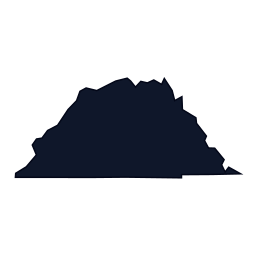 Clay, North Carolina, United States of America
{"feature_id": "52423323B90263119803595", "entity_name": "Clay", "entity_type": "district", "adm_level": 2, "iso_a3": "USA", "parent_name": "United States of America", "parent_adm1": "North Carolina", "projection": "equal_earth", "projection_center": [-83.73, 35.074], "detail": "fine", "context": "isolated", "style": "filled", "palette": "ink", "viewbox_px": 256, "rotation_deg": 0, "n_neighbors": 0, "source": "geoboundaries", "source_scale": "gbopen_adm2", "svg_char_len": 642}
<svg xmlns="http://www.w3.org/2000/svg" viewBox="0 0 256 256"><path d="M212.0,174.4L240.6,173.8L228.7,167.2L225.1,172.0L221.6,164.8L224.1,159.7L214.7,148.2L208.5,148.0L204.5,140.6L206.4,136.1L196.5,123.3L195.9,117.8L182.4,109.6L181.9,96.7L174.7,100.6L172.1,90.5L164.3,78.5L161.6,84.4L153.8,80.0L147.4,82.9L140.8,81.4L135.5,87.1L130.6,81.0L127.2,78.2L115.6,81.1L96.8,90.6L86.1,88.0L80.0,91.3L76.6,100.7L68.1,109.5L57.6,125.3L47.6,130.5L42.0,138.1L36.5,139.0L32.3,145.0L36.4,154.9L26.3,166.8L15.7,173.3L15.4,177.3L45.0,177.3L90.5,177.4L125.5,177.1L181.5,177.8L181.5,174.6L212.0,174.4Z" fill="#0f172a" stroke="#020617" stroke-width="1.5"/></svg>